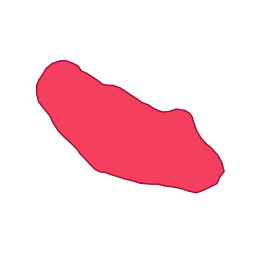 outline of PiisPenau, Federated States of Micronesia, rotated 236°
{"feature_id": "79324940B45370489391635", "entity_name": "PiisPenau", "entity_type": "district", "adm_level": 2, "iso_a3": "FSM", "parent_name": "Federated States of Micronesia", "parent_adm1": "", "projection": "natural_earth1", "projection_center": [151.765, 7.677], "detail": "fine", "context": "isolated", "style": "filled", "palette": "rose", "viewbox_px": 256, "rotation_deg": 236, "n_neighbors": 0, "source": "geoboundaries", "source_scale": "gbopen_adm2", "svg_char_len": 975}
<svg xmlns="http://www.w3.org/2000/svg" viewBox="0 0 256 256"><g transform="rotate(236 128 128)"><path d="M66.1,185.6L71.0,184.0L77.2,183.0L81.8,183.0L87.4,183.4L96.9,185.8L101.2,187.4L105.5,187.4L110.4,185.2L116.6,178.8L118.9,170.7L121.8,165.7L126.1,162.5L130.0,160.1L135.6,157.9L141.5,153.8L146.4,151.9L152.0,149.6L158.2,147.0L165.5,144.0L171.7,139.4L175.0,134.8L178.2,131.4L183.8,129.7L191.7,126.3L196.6,124.3L201.2,121.3L207.4,121.3L212.3,118.5L218.9,113.9L221.8,108.8L223.8,101.4L223.1,93.4L220.5,88.0L217.8,81.4L214.5,76.2L207.3,71.4L199.8,68.6L190.2,69.2L181.7,70.0L173.5,68.7L164.0,68.7L156.1,70.1L147.9,72.1L139.0,73.9L133.1,73.9L125.6,75.3L118.0,76.4L112.1,77.6L107.2,80.4L103.3,84.8L98.7,88.0L94.1,91.8L87.5,97.0L80.3,103.5L75.7,106.9L69.5,114.5L64.3,121.9L59.0,126.6L53.1,133.4L46.6,139.4L42.0,142.8L36.1,148.4L34.1,156.6L33.2,162.9L32.2,170.7L36.2,176.9L38.1,183.3L46.4,186.3L55.2,187.3L66.1,185.6Z" fill="#f43f5e" stroke="#9f1239" stroke-width="1.5"/></g></svg>